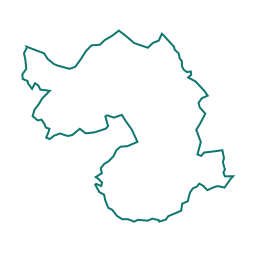 Karamoullides, Paphos, Cyprus, rotated 260°
{"feature_id": "46923920B15224783419996", "entity_name": "Karamoullides", "entity_type": "district", "adm_level": 2, "iso_a3": "CYP", "parent_name": "Cyprus", "parent_adm1": "Paphos", "projection": "orthographic", "projection_center": [32.433, 35.012], "detail": "fine", "context": "isolated", "style": "outline", "palette": "teal", "viewbox_px": 256, "rotation_deg": 260, "n_neighbors": 0, "source": "geoboundaries", "source_scale": "gbopen_adm2", "svg_char_len": 1843}
<svg xmlns="http://www.w3.org/2000/svg" viewBox="0 0 256 256"><g transform="rotate(260 128 128)"><path d="M30.4,142.5L31.2,149.4L34.2,152.4L35.8,159.6L37.3,166.0L44.0,168.2L45.6,174.3L50.0,176.1L53.8,178.0L57.3,181.4L58.3,185.5L60.8,188.6L57.8,192.2L53.0,195.3L54.8,202.4L55.2,206.3L52.6,212.8L60.0,220.2L62.2,223.1L63.6,215.0L67.6,214.2L70.2,216.2L77.9,215.5L81.7,217.3L88.6,217.1L89.7,217.1L90.1,207.9L90.6,198.7L87.8,195.2L89.9,191.8L101.6,197.3L106.6,196.3L108.9,196.0L114.4,194.9L117.6,197.8L119.8,199.8L128.7,206.6L135.9,202.2L140.6,201.9L144.6,206.0L146.0,212.1L148.8,210.8L150.5,210.1L154.6,207.5L162.1,202.6L167.3,196.0L169.5,199.5L172.8,199.6L172.8,195.8L175.6,193.1L179.1,191.9L184.6,192.6L187.4,191.0L192.6,190.9L196.8,187.7L200.2,187.3L200.4,187.2L214.9,177.9L215.0,177.8L208.7,173.4L207.5,167.3L203.6,161.4L210.6,148.8L219.0,141.9L225.5,135.9L221.7,128.7L218.6,120.3L214.9,114.9L215.7,106.4L211.1,100.0L203.6,93.1L197.4,86.7L196.4,80.7L201.7,69.5L203.8,66.2L209.8,61.0L216.1,58.3L225.6,42.3L225.0,42.5L219.6,38.5L213.7,38.8L203.9,38.1L199.1,33.2L194.5,32.9L191.7,37.3L189.5,37.2L183.2,40.3L188.2,44.2L185.6,46.9L181.0,48.4L178.2,57.4L171.8,48.4L167.4,44.7L162.1,39.0L156.2,36.1L151.2,40.4L151.3,44.2L146.7,46.3L142.7,47.2L140.9,50.5L138.3,49.3L132.7,45.8L130.7,48.9L133.3,54.0L134.4,60.2L132.5,63.6L130.6,67.3L130.7,71.7L135.6,80.4L130.1,85.4L129.5,94.1L131.2,106.1L133.3,108.7L143.3,107.7L144.1,109.8L140.7,115.9L142.0,124.2L135.4,126.9L125.6,131.5L112.7,134.9L110.2,124.1L110.9,117.5L108.2,112.7L102.7,108.8L98.5,102.9L96.8,98.4L93.1,94.1L88.0,94.4L85.3,87.7L83.2,89.9L78.8,93.0L75.5,91.6L78.5,86.9L77.8,85.9L69.9,88.6L66.5,92.9L61.0,93.0L52.8,94.7L50.3,98.1L47.9,99.5L43.3,101.9L39.2,106.5L38.2,112.2L34.7,117.8L35.8,121.9L33.3,131.4L34.5,136.2L31.9,142.3L30.4,142.5Z" fill="none" stroke="#0f766e" stroke-width="2"/></g></svg>